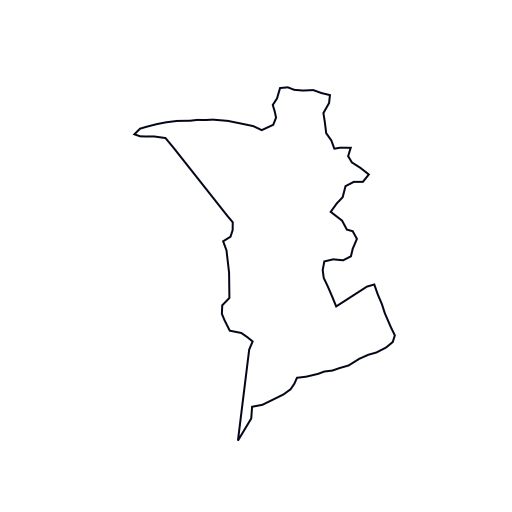 Cortês, Pernambuco, Brazil (Albers equal-area conic projection), rotated 203°
{"feature_id": "56859067B35523220446037", "entity_name": "Cortês", "entity_type": "district", "adm_level": 2, "iso_a3": "BRA", "parent_name": "Brazil", "parent_adm1": "Pernambuco", "projection": "albers", "projection_center": [-35.53, -8.422], "detail": "fine", "context": "isolated", "style": "outline", "palette": "ink", "viewbox_px": 512, "rotation_deg": 203, "n_neighbors": 0, "source": "geoboundaries", "source_scale": "gbopen_adm2", "svg_char_len": 1458}
<svg xmlns="http://www.w3.org/2000/svg" viewBox="0 0 512 512"><g transform="rotate(203 256 256)"><path d="M200.5,79.0L196.9,104.6L200.7,115.7L192.0,121.5L176.7,139.2L172.1,146.8L170.8,153.3L170.7,159.9L162.5,164.6L152.9,171.7L147.9,176.4L140.9,180.4L135.4,185.4L128.0,191.4L120.8,201.7L114.1,208.9L107.5,214.2L100.5,222.6L96.5,230.3L97.2,237.2L104.2,243.3L115.1,253.7L121.4,261.0L128.8,268.1L136.0,276.0L142.0,271.1L162.5,240.9L169.2,247.6L178.1,256.1L185.1,262.3L189.1,269.1L191.0,277.7L183.6,283.1L174.1,286.1L168.5,292.8L169.8,300.5L169.8,311.2L176.7,316.6L182.7,315.8L190.6,322.2L204.5,325.8L202.2,335.9L199.2,344.0L200.9,355.3L194.9,362.5L186.6,366.0L184.0,375.1L194.3,377.9L204.3,379.6L210.2,383.9L211.1,392.6L220.8,388.6L225.8,385.4L231.8,391.8L239.4,396.5L244.7,405.7L249.8,413.9L248.5,425.4L250.8,433.0L259.2,431.6L268.1,431.1L277.3,426.7L285.7,423.9L292.6,423.7L299.5,420.0L298.2,409.3L299.6,401.6L295.2,396.3L291.6,391.2L291.4,383.5L299.9,374.1L309.2,374.5L316.4,373.1L334.6,369.4L341.3,367.2L348.9,364.7L355.5,361.5L363.7,358.1L369.4,354.8L375.1,352.3L381.4,349.5L390.9,344.0L398.9,338.6L407.5,332.0L412.5,327.9L415.5,320.5L409.4,320.9L403.5,323.2L396.6,326.2L385.4,329.2L373.8,323.2L297.6,281.5L290.6,278.0L287.6,270.7L287.0,263.8L292.0,256.7L285.4,249.7L274.3,230.2L264.1,207.0L267.8,197.4L264.8,189.4L259.9,184.6L251.0,177.0L239.4,179.4L232.3,177.9L225.7,176.0L225.7,167.2L200.5,79.0Z" fill="none" stroke="#020617" stroke-width="2"/></g></svg>